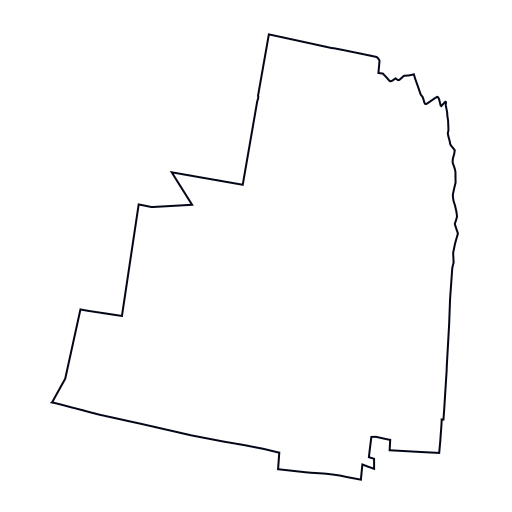 the district of Draghiceni, Olt, Romania, rotated 271°
{"feature_id": "2599482B25655754633990", "entity_name": "Draghiceni", "entity_type": "district", "adm_level": 2, "iso_a3": "ROU", "parent_name": "Romania", "parent_adm1": "Olt", "projection": "natural_earth1", "projection_center": [24.263, 44.139], "detail": "fine", "context": "isolated", "style": "outline", "palette": "ink", "viewbox_px": 512, "rotation_deg": 271, "n_neighbors": 0, "source": "geoboundaries", "source_scale": "gbopen_adm2", "svg_char_len": 2377}
<svg xmlns="http://www.w3.org/2000/svg" viewBox="0 0 512 512"><g transform="rotate(271 256 256)"><path d="M316.4,452.2L319.1,451.8L321.3,451.8L322.7,452.1L324.2,452.4L328.1,453.2L333.0,454.3L334.8,454.2L337.4,454.1L342.2,454.0L343.7,453.9L346.0,453.4L347.6,452.9L349.8,452.1L352.2,451.2L353.1,451.0L355.1,451.0L356.4,451.1L358.2,451.5L361.6,452.4L364.0,452.7L364.9,452.9L365.3,452.8L367.3,451.2L369.9,449.0L371.1,448.3L373.6,447.8L376.1,447.1L379.2,446.2L382.2,445.6L384.2,446.1L385.5,446.2L387.6,446.1L394.6,445.7L399.4,444.9L403.0,444.6L409.9,443.1L411.4,443.1L412.2,443.2L413.1,443.3L413.5,442.9L413.5,442.5L409.1,438.6L409.6,438.0L411.9,437.4L414.6,436.7L416.0,436.3L417.9,435.3L418.3,434.3L416.7,431.8L411.6,424.7L410.9,423.3L411.1,422.4L412.5,421.6L415.9,420.6L418.1,419.7L419.9,418.1L421.3,417.5L429.0,414.7L436.4,411.9L440.4,410.7L439.9,408.9L439.2,405.7L438.8,401.3L438.7,400.7L436.9,398.8L434.7,396.4L434.3,395.6L434.4,394.8L435.4,393.3L436.0,392.4L435.3,391.5L433.4,388.7L433.0,387.3L433.3,386.6L435.0,385.0L436.6,383.6L438.4,381.8L440.6,379.7L441.1,375.2L453.3,376.1L454.0,375.8L455.7,374.7L457.1,373.1L463.6,338.7L465.1,330.2L465.2,328.1L465.5,326.7L477.8,265.0L416.1,255.2L415.6,255.5L414.1,255.5L410.5,254.5L327.0,241.5L327.2,240.2L334.1,196.3L338.2,170.3L328.9,176.3L306.1,191.2L303.1,150.9L304.1,145.4L304.2,145.0L305.5,137.8L248.9,130.3L193.7,123.0L198.2,89.3L199.5,81.4L130.0,67.4L111.8,57.7L106.3,54.8L106.0,54.5L105.6,56.9L103.8,64.7L101.5,73.8L99.0,84.4L97.1,91.8L94.6,102.2L91.4,118.1L88.1,134.4L86.4,142.9L75.6,194.1L69.8,227.3L66.8,246.9L63.1,267.8L59.9,282.0L59.8,282.7L43.2,281.8L40.6,309.7L40.2,315.6L39.9,322.9L39.6,329.0L38.8,336.9L37.9,344.2L36.6,350.6L34.2,364.8L35.9,364.9L49.4,366.0L47.5,371.2L45.3,377.8L55.3,377.6L56.8,372.4L62.2,372.9L77.1,374.5L77.2,376.0L77.3,379.1L76.1,385.0L74.9,390.9L74.7,392.3L74.5,393.4L64.1,393.0L63.7,403.7L62.8,427.1L62.3,442.6L74.5,443.5L80.6,443.8L86.7,444.2L94.1,444.5L95.8,444.5L95.7,445.4L95.7,446.3L101.6,446.6L105.0,446.8L125.0,447.7L144.5,448.6L149.8,448.7L191.3,450.3L216.6,450.8L246.4,452.4L248.8,452.7L252.0,453.5L252.9,453.7L261.8,453.1L262.8,453.1L271.4,454.7L274.6,455.5L282.0,457.5L289.0,455.0L291.6,454.2L291.9,454.3L296.0,455.6L297.7,456.0L299.1,456.3L303.9,455.6L305.4,455.2L307.0,454.8L310.0,454.1L312.2,453.3L314.3,452.6L316.4,452.2Z" fill="none" stroke="#020617" stroke-width="2"/></g></svg>